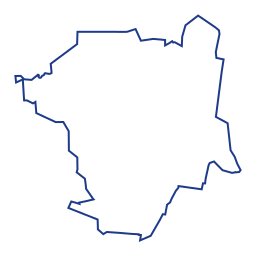 the district of Fronteras, Sonora, Mexico
{"feature_id": "50627088B83041201608583", "entity_name": "Fronteras", "entity_type": "district", "adm_level": 2, "iso_a3": "MEX", "parent_name": "Mexico", "parent_adm1": "Sonora", "projection": "mercator", "projection_center": [-109.743, 30.828], "detail": "fine", "context": "isolated", "style": "outline", "palette": "blue", "viewbox_px": 256, "rotation_deg": 0, "n_neighbors": 0, "source": "geoboundaries", "source_scale": "gbopen_adm2", "svg_char_len": 2023}
<svg xmlns="http://www.w3.org/2000/svg" viewBox="0 0 256 256"><path d="M239.2,172.0L239.7,171.3L240.6,170.1L237.3,163.9L234.7,156.8L230.6,150.3L227.6,123.2L215.9,116.9L221.8,71.0L221.9,70.5L223.6,59.4L216.4,57.9L215.8,52.2L216.9,46.6L219.5,34.0L218.9,30.3L215.4,27.4L198.1,15.6L185.5,25.3L182.2,36.7L181.8,46.1L175.1,42.4L174.3,42.2L173.1,42.5L172.2,41.2L169.0,43.3L165.1,45.4L165.1,40.0L160.2,39.5L158.9,39.4L153.3,38.9L140.9,40.7L135.6,29.1L133.2,29.8L127.8,31.6L126.1,31.9L111.9,31.8L110.1,31.8L102.0,31.8L77.5,31.8L77.1,44.1L69.9,49.5L52.0,62.8L50.7,63.8L50.8,64.5L51.6,72.9L50.5,73.6L49.4,73.9L48.6,73.8L47.6,73.6L46.7,73.5L46.0,73.4L45.4,73.2L45.1,73.2L44.7,73.4L44.5,73.6L44.3,74.1L44.3,74.4L44.2,74.6L44.0,74.8L43.8,75.1L43.4,75.3L43.0,75.5L42.7,75.6L42.4,75.7L42.2,75.8L41.8,76.1L41.7,76.4L41.5,76.7L41.4,76.9L41.3,77.1L41.1,77.4L40.9,77.6L40.6,77.7L40.1,77.8L39.6,77.8L39.2,77.6L38.8,77.2L38.7,77.0L38.7,76.9L38.6,76.7L38.4,76.6L38.3,76.3L38.3,76.1L38.4,75.8L38.6,75.7L38.8,75.6L38.9,75.3L38.7,75.1L38.3,75.0L38.3,74.8L38.4,74.6L38.5,74.4L38.6,74.2L31.6,79.9L24.2,79.3L20.7,75.9L15.4,76.0L15.8,79.7L16.1,82.5L22.8,79.4L24.1,100.4L26.1,100.4L26.6,100.4L27.1,100.5L28.2,101.0L33.0,103.4L35.4,101.9L36.3,113.1L55.7,122.1L63.3,122.0L68.7,131.2L68.9,150.7L77.3,157.4L77.4,165.9L77.5,169.1L76.7,172.3L80.8,175.5L84.4,178.3L84.9,178.7L85.7,184.5L86.1,188.8L93.4,199.3L93.5,199.4L86.4,201.1L79.2,202.6L79.5,203.9L76.0,202.8L71.3,201.5L70.5,203.2L70.0,204.5L69.1,206.3L68.4,207.9L72.8,209.7L97.6,219.5L97.8,224.4L97.9,228.8L97.9,229.4L103.3,234.1L106.8,232.0L119.8,232.9L131.7,233.9L137.1,234.2L137.9,234.2L138.7,234.3L138.7,234.9L140.9,235.0L140.1,240.4L150.7,235.8L151.3,234.8L160.0,219.7L162.8,214.2L165.2,214.5L167.1,204.7L170.1,202.4L171.5,199.0L172.0,198.0L175.9,190.7L178.3,187.9L178.5,186.1L201.7,189.3L203.0,183.3L205.1,183.4L205.6,178.9L208.6,165.3L209.7,163.0L214.0,161.5L222.5,170.2L232.0,172.9L233.8,172.6L235.4,172.1L235.7,172.4L237.3,172.2L239.2,172.0Z" fill="none" stroke="#1e3a8a" stroke-width="2"/></svg>